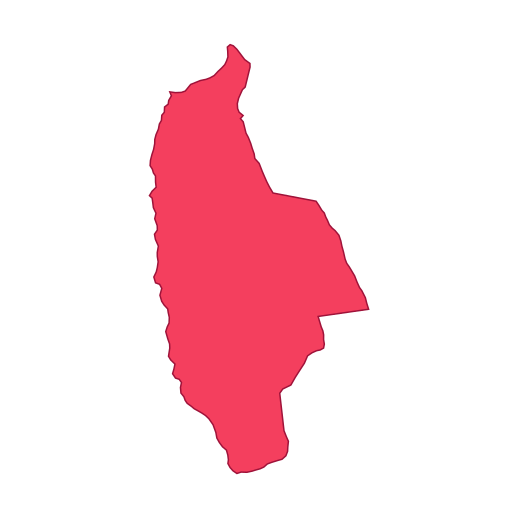 Cidade Gaúcha, Paraná, Brazil, rotated 352°
{"feature_id": "56859067B84449941933061", "entity_name": "Cidade Gaúcha", "entity_type": "district", "adm_level": 2, "iso_a3": "BRA", "parent_name": "Brazil", "parent_adm1": "Paraná", "projection": "robinson", "projection_center": [-52.964, -23.374], "detail": "fine", "context": "isolated", "style": "filled", "palette": "rose", "viewbox_px": 512, "rotation_deg": 352, "n_neighbors": 0, "source": "geoboundaries", "source_scale": "gbopen_adm2", "svg_char_len": 2397}
<svg xmlns="http://www.w3.org/2000/svg" viewBox="0 0 512 512"><g transform="rotate(352 256 256)"><path d="M268.8,87.2L276.4,68.1L276.8,64.5L272.1,59.9L265.8,48.6L262.8,44.7L259.8,43.1L256.7,45.1L256.5,49.2L255.9,55.0L253.9,58.9L251.7,62.2L248.1,65.1L244.1,67.9L239.7,71.5L235.2,73.2L231.2,74.1L225.3,74.5L215.2,77.0L208.9,82.8L204.9,83.6L198.9,83.0L193.5,81.5L194.5,85.6L191.2,89.8L190.2,93.4L186.2,95.7L185.2,100.9L182.3,103.5L181.2,108.6L178.7,111.8L177.0,116.8L173.9,121.9L172.0,126.5L171.3,130.7L169.4,136.3L167.0,141.2L164.8,146.6L163.7,151.8L165.4,155.5L166.0,159.5L167.6,162.7L166.8,168.9L166.7,174.0L162.1,177.4L158.9,181.4L161.2,184.3L161.2,189.1L161.1,193.9L162.9,199.7L160.9,205.0L162.4,212.2L161.9,216.6L158.5,220.3L158.7,225.5L160.7,232.6L158.7,238.8L158.2,242.8L158.3,248.1L156.6,253.9L155.0,257.9L151.9,262.6L152.8,268.6L156.6,270.6L158.2,274.9L155.4,281.5L156.3,287.7L158.2,291.8L161.2,296.1L161.2,299.8L161.6,304.7L160.6,310.3L158.2,313.9L156.1,318.3L157.1,325.6L158.2,331.0L157.8,335.2L155.4,343.1L157.1,347.1L160.7,351.7L159.0,356.5L157.0,361.0L159.3,365.7L162.8,367.4L164.6,370.9L162.9,375.7L162.6,381.3L165.0,385.3L165.8,389.2L167.4,392.4L170.8,395.6L173.6,398.7L176.3,400.7L180.3,403.8L183.8,406.9L186.7,410.6L190.0,417.1L191.7,425.2L191.9,430.8L193.8,435.7L196.3,440.3L199.7,444.1L200.4,449.2L200.3,454.0L199.3,457.6L200.9,461.9L203.3,465.5L206.8,468.7L211.2,467.9L216.8,468.9L222.2,468.5L225.8,467.9L230.4,467.3L234.4,466.1L238.3,463.5L242.9,462.5L249.1,461.5L253.5,460.9L257.8,458.0L260.1,453.8L260.9,449.6L262.3,444.0L260.9,439.1L259.4,432.9L260.4,395.2L264.0,391.4L272.6,388.6L278.0,381.6L282.8,376.0L289.0,368.9L293.2,362.0L298.1,359.6L302.9,358.2L306.5,358.0L310.1,356.6L311.4,352.8L311.3,348.1L312.0,343.5L311.8,339.5L310.7,335.2L309.9,330.0L309.1,324.5L360.1,324.4L359.1,318.3L358.5,312.5L356.0,305.2L354.1,301.6L352.4,295.8L350.9,289.4L348.6,283.9L346.9,279.9L344.8,275.8L343.8,271.4L343.2,264.2L342.4,258.1L342.1,252.9L341.0,247.0L337.8,241.8L335.3,239.0L333.0,235.4L331.7,230.6L330.5,227.1L329.6,222.9L327.6,220.0L325.2,214.4L323.1,210.1L281.6,196.0L278.9,189.5L277.0,184.0L275.3,178.0L274.0,173.2L272.0,164.7L268.4,159.3L268.4,154.7L267.2,148.7L266.4,143.6L264.9,137.5L263.2,132.9L262.6,127.0L262.0,121.3L259.7,117.8L262.8,115.1L259.3,111.3L258.3,107.5L258.7,102.5L260.8,97.2L265.7,89.4L268.8,87.2Z" fill="#f43f5e" stroke="#9f1239" stroke-width="1.5"/></g></svg>